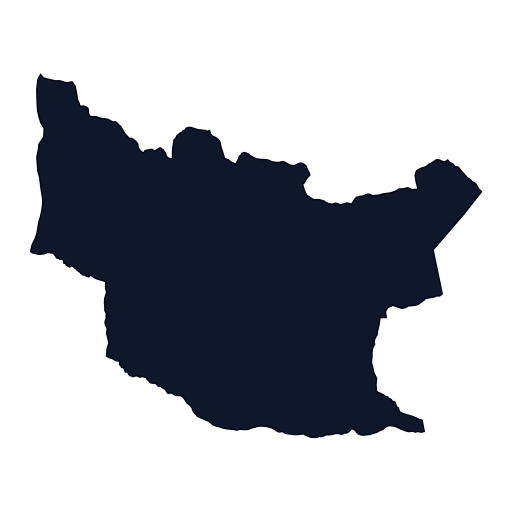 La Caldera, Salta, Argentina
{"feature_id": "61730980B48775712926369", "entity_name": "La Caldera", "entity_type": "district", "adm_level": 2, "iso_a3": "ARG", "parent_name": "Argentina", "parent_adm1": "Salta", "projection": "natural_earth1", "projection_center": [-65.462, -24.55], "detail": "fine", "context": "isolated", "style": "filled", "palette": "ink", "viewbox_px": 512, "rotation_deg": 0, "n_neighbors": 0, "source": "geoboundaries", "source_scale": "gbopen_adm2", "svg_char_len": 6023}
<svg xmlns="http://www.w3.org/2000/svg" viewBox="0 0 512 512"><path d="M304.2,164.5L301.8,163.2L299.7,163.2L297.5,164.1L295.2,165.4L293.0,165.7L290.1,165.2L284.4,162.0L282.0,161.6L279.4,162.5L276.4,162.5L272.1,161.9L269.0,160.4L267.2,159.9L260.0,159.4L256.5,158.9L252.0,156.8L250.1,155.6L248.4,154.0L245.2,152.7L243.6,152.7L242.0,153.3L241.2,155.0L239.4,156.1L238.8,158.4L235.6,164.6L233.8,163.2L230.2,161.7L228.5,159.9L224.7,158.6L223.9,157.1L223.7,155.3L222.9,153.1L222.4,151.2L221.1,147.8L220.0,142.4L219.2,140.8L218.4,139.6L215.2,137.3L212.2,136.1L210.2,133.5L209.6,130.6L206.7,131.4L205.5,130.5L198.2,129.8L191.3,127.6L189.0,127.4L186.4,128.1L184.9,130.4L182.9,131.1L181.8,132.5L180.5,132.9L179.0,134.0L176.9,135.9L175.6,138.7L174.2,139.6L173.1,146.1L172.6,151.2L172.5,158.1L171.6,159.0L170.4,159.0L168.3,158.1L166.7,156.7L166.1,155.5L165.2,152.9L163.2,150.0L160.9,148.1L160.1,147.9L158.6,148.5L155.2,150.9L154.1,151.0L152.4,149.5L150.8,149.5L145.2,150.6L143.8,152.7L142.3,152.7L141.9,152.0L140.4,150.8L138.9,148.9L138.2,147.1L137.7,143.9L136.6,142.4L134.4,140.3L132.0,138.5L129.2,138.4L124.7,133.5L120.8,126.6L118.4,124.7L117.4,123.2L115.5,121.9L112.7,121.9L107.8,119.4L104.4,118.7L102.5,118.9L100.4,118.1L99.4,118.0L97.0,117.0L95.5,116.7L92.1,116.7L90.0,116.4L88.4,113.6L88.2,109.5L87.9,108.3L85.6,106.7L83.2,106.0L81.3,106.3L80.0,106.0L79.7,105.6L78.8,102.5L77.6,100.4L76.2,91.7L75.0,86.0L72.1,82.0L70.3,82.1L68.6,82.9L66.3,82.9L63.1,81.8L59.5,80.8L55.3,80.9L48.7,79.4L43.3,77.9L40.6,74.6L38.0,79.1L36.8,89.5L37.2,104.1L37.7,110.6L39.0,116.8L41.0,123.1L44.2,128.3L43.8,136.8L39.0,144.2L38.5,149.2L36.9,156.9L37.8,170.7L39.7,177.5L41.1,188.9L42.1,194.7L42.8,199.6L42.6,205.1L42.0,209.9L40.4,217.3L39.0,221.4L37.2,232.3L36.0,236.3L34.6,240.0L33.0,243.0L31.8,246.1L30.7,251.5L32.9,253.0L39.2,254.3L44.9,253.6L47.3,252.5L48.7,252.5L52.5,253.0L53.1,253.2L54.8,255.0L56.9,258.0L59.3,258.5L59.5,259.0L59.9,259.2L62.0,259.0L62.6,259.4L63.2,259.9L63.6,260.7L64.0,263.2L65.2,263.1L65.5,263.4L66.4,265.3L69.5,266.9L69.9,266.9L71.1,266.1L72.0,265.9L73.6,266.6L74.3,267.7L75.4,268.4L78.1,271.0L79.4,271.7L82.4,274.7L83.9,275.0L84.9,274.9L85.3,275.1L85.9,275.8L88.7,276.8L89.3,276.5L89.3,275.7L89.6,275.3L91.2,275.6L92.1,276.0L93.7,277.4L96.5,278.7L105.8,281.5L105.6,288.7L106.8,292.1L104.8,298.3L104.5,302.8L104.9,306.9L104.9,310.6L106.3,313.1L106.2,318.5L105.2,321.3L105.1,323.7L107.4,329.1L106.8,331.2L106.8,333.6L109.0,343.1L107.1,349.0L106.6,356.2L110.6,358.1L112.5,358.6L115.9,360.6L119.4,361.1L119.7,362.2L119.6,364.6L121.0,365.8L121.5,367.3L122.3,367.6L123.5,367.6L123.8,367.8L125.2,371.8L125.6,372.1L126.0,372.1L126.6,371.7L127.3,371.8L128.0,372.4L128.5,374.0L129.3,375.0L130.3,375.8L131.3,375.6L131.8,375.8L132.4,376.6L132.9,376.6L136.1,375.7L136.7,375.8L139.7,377.0L140.1,377.1L140.6,376.5L141.2,376.5L143.8,376.8L145.8,377.4L146.5,378.1L147.4,379.6L149.1,381.0L150.4,382.7L153.2,383.3L153.7,383.0L154.3,383.0L155.8,383.5L156.9,384.4L157.3,385.1L158.1,386.0L160.8,386.3L163.7,388.5L165.2,389.1L166.7,391.7L168.2,393.4L168.8,393.4L170.1,392.9L171.9,393.1L172.8,393.4L173.6,394.4L175.2,395.1L176.2,395.3L179.7,395.5L180.8,395.7L182.0,396.4L183.4,397.5L184.7,399.1L186.8,402.9L190.0,405.1L190.9,406.2L192.2,408.1L193.0,410.7L193.6,411.9L195.3,413.9L196.3,414.3L197.1,415.9L197.6,416.4L208.9,421.3L213.0,424.7L216.3,426.1L219.2,426.7L221.7,427.7L226.4,428.7L233.4,429.4L237.1,430.0L239.3,429.3L245.7,429.5L248.3,429.3L252.2,427.7L255.5,427.0L257.6,426.2L261.2,426.0L267.0,426.5L271.8,427.8L277.6,431.4L279.7,432.0L281.5,431.5L282.6,431.5L283.8,432.4L285.8,433.4L293.8,434.5L296.6,434.6L303.1,433.9L304.3,434.2L305.5,435.1L310.8,437.2L312.4,437.3L316.5,437.4L319.6,436.3L321.1,436.6L322.8,436.4L325.1,435.1L327.0,434.7L329.0,434.8L333.7,434.0L335.3,433.4L339.4,433.5L340.8,434.1L342.2,434.2L344.5,432.9L345.1,432.8L346.4,433.1L349.1,431.5L351.1,429.2L352.0,428.7L353.1,428.9L354.5,429.7L355.6,430.7L356.5,432.1L358.3,433.8L360.1,434.6L362.9,435.1L370.0,434.4L372.2,433.6L376.9,432.2L378.6,431.1L383.0,429.2L386.0,426.6L388.3,425.7L390.4,425.6L395.1,426.2L402.1,429.5L407.3,431.3L409.3,431.6L411.0,431.2L413.1,431.2L414.5,431.8L415.7,432.0L417.2,431.5L418.2,431.4L419.7,431.9L421.7,432.1L424.2,431.4L422.1,420.3L420.8,419.7L419.6,419.6L418.3,419.2L417.5,418.6L412.5,416.5L406.5,414.7L405.0,414.1L403.3,413.8L399.7,412.0L398.7,409.7L398.4,408.0L397.1,407.3L396.0,405.4L394.9,402.1L392.0,401.0L391.2,399.5L389.9,399.0L388.4,398.1L387.9,397.1L385.4,396.5L383.7,395.0L382.2,394.4L380.7,393.4L379.1,392.9L377.7,392.2L376.2,390.8L376.3,388.2L375.9,384.6L376.6,378.4L373.8,372.8L372.1,365.2L371.4,363.1L371.5,360.1L371.9,357.6L372.0,352.0L372.4,348.5L374.6,344.2L374.0,342.0L374.5,339.5L375.8,336.7L377.0,334.8L377.5,330.9L378.8,325.6L380.0,317.6L386.0,317.5L386.0,315.6L385.5,312.9L385.8,310.3L387.9,307.4L391.0,306.2L392.7,305.2L401.8,308.3L404.9,307.7L408.4,305.9L414.5,305.3L417.8,304.5L421.6,301.9L425.8,298.4L434.6,296.8L436.7,295.8L439.5,295.9L442.2,293.8L433.0,249.8L463.0,215.1L481.3,191.9L480.7,190.8L479.3,189.9L476.0,184.3L474.2,182.7L472.3,181.8L470.3,179.8L466.8,177.2L465.5,175.5L460.7,170.4L458.3,167.2L455.2,166.7L452.9,164.1L449.4,162.2L447.6,160.1L445.3,161.7L443.4,161.7L441.4,161.1L439.5,160.0L436.6,159.7L430.9,163.5L429.6,163.8L425.7,166.9L421.5,168.1L417.8,169.9L416.4,171.1L415.2,175.5L416.2,182.0L417.0,184.7L417.6,187.5L417.7,188.9L417.1,189.8L415.8,189.4L412.3,189.7L410.3,189.0L407.9,187.8L407.2,187.8L405.1,188.5L403.2,188.9L399.0,189.0L397.7,190.0L395.4,191.3L390.8,192.9L383.3,193.9L378.3,195.3L373.8,195.6L372.1,195.9L370.8,194.8L369.4,194.3L367.5,194.2L362.9,196.1L359.6,196.4L358.4,197.1L356.7,197.2L354.9,199.0L352.6,202.7L351.1,204.3L349.6,203.5L346.7,203.1L340.0,205.0L337.7,203.7L335.2,203.2L332.6,204.2L331.7,204.2L328.7,203.7L325.5,202.3L324.3,201.2L319.8,199.8L317.0,199.6L313.5,199.7L306.6,195.1L304.9,191.8L303.3,187.2L302.6,184.3L303.8,183.3L305.2,181.3L306.3,178.9L309.8,174.9L308.7,171.9L307.2,169.2L306.1,166.3L304.2,164.5Z" fill="#0f172a" stroke="#020617" stroke-width="1.5"/></svg>